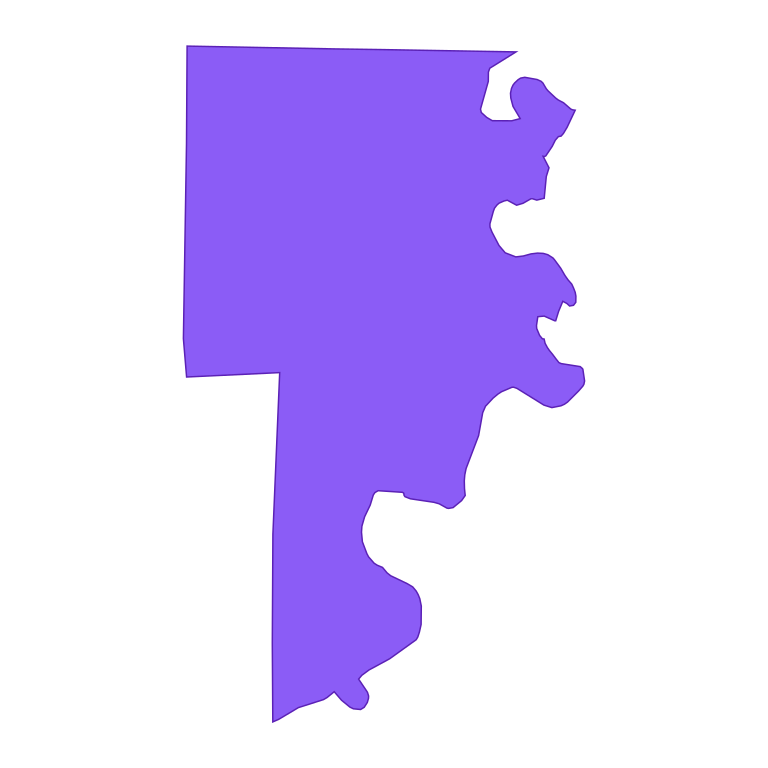 Crittenden, Arkansas, United States of America
{"feature_id": "52423323B83994293092269", "entity_name": "Crittenden", "entity_type": "district", "adm_level": 2, "iso_a3": "USA", "parent_name": "United States of America", "parent_adm1": "Arkansas", "projection": "mercator", "projection_center": [-90.188, 35.137], "detail": "fine", "context": "isolated", "style": "filled", "palette": "violet", "viewbox_px": 768, "rotation_deg": 0, "n_neighbors": 0, "source": "geoboundaries", "source_scale": "gbopen_adm2", "svg_char_len": 2379}
<svg xmlns="http://www.w3.org/2000/svg" viewBox="0 0 768 768"><path d="M186.6,377.0L279.7,372.6L272.9,534.2L272.3,643.2L272.8,721.9L278.6,719.4L298.4,707.6L323.5,699.6L327.1,697.5L334.2,691.7L341.6,700.3L349.9,707.1L353.4,708.8L360.6,709.5L364.2,707.3L367.3,702.5L368.5,698.3L368.6,696.0L367.5,692.4L366.9,691.4L358.6,679.1L361.8,675.3L369.1,669.9L389.6,658.8L416.2,639.7L417.8,637.0L419.4,632.1L421.1,624.5L421.3,606.1L419.8,598.7L418.2,594.7L416.2,591.1L412.7,586.9L407.5,583.8L390.6,575.7L387.0,572.8L382.5,567.4L377.2,565.2L374.1,563.2L368.6,556.9L366.9,553.7L362.4,541.8L361.5,532.2L361.9,526.2L364.6,516.8L370.2,505.1L373.3,495.0L374.9,492.6L375.9,492.0L378.1,490.7L402.4,492.3L403.7,493.1L404.1,495.4L405.0,496.7L410.4,498.8L433.9,502.3L439.2,503.8L446.9,508.1L448.6,508.4L453.1,507.6L461.6,500.6L465.2,495.5L464.5,488.6L464.3,480.8L464.8,474.8L466.1,468.5L478.6,435.6L482.7,412.7L485.6,406.0L486.1,405.6L493.1,398.1L497.9,394.1L501.6,391.7L511.9,387.3L513.6,387.2L517.0,388.4L543.9,405.1L551.9,407.6L561.0,405.8L564.5,404.2L567.5,402.1L578.6,391.0L582.8,386.2L583.9,384.3L584.6,381.0L582.9,369.4L582.5,368.6L580.2,366.6L561.2,363.6L558.9,362.6L555.6,358.4L552.7,354.5L549.5,350.6L547.4,347.6L545.1,343.3L544.1,339.0L542.4,338.8L539.6,335.4L536.7,328.5L536.5,325.5L537.8,316.7L544.2,316.1L554.8,320.8L555.7,320.8L558.6,311.4L562.8,301.3L566.9,303.5L569.6,306.0L573.5,305.3L575.8,302.3L575.9,296.1L575.2,292.3L573.5,287.9L571.8,284.2L567.9,279.7L564.9,275.4L560.7,268.2L554.3,259.5L552.9,257.9L547.8,254.7L543.3,253.4L537.5,253.1L531.0,253.9L523.3,256.0L515.8,256.9L505.2,252.8L499.0,245.5L492.0,232.1L490.0,227.1L489.9,223.9L493.3,211.5L494.5,208.2L496.9,205.1L499.0,203.2L504.0,201.0L507.3,200.2L516.6,205.2L523.0,203.3L530.9,198.8L532.6,198.8L536.8,200.1L544.2,198.3L546.3,176.5L549.0,167.8L543.1,156.3L544.5,156.5L545.8,155.9L552.2,146.4L555.3,140.2L558.4,136.6L561.1,136.1L563.4,133.5L567.1,127.3L575.2,110.2L572.5,109.8L570.7,109.0L563.6,102.8L558.3,100.0L555.5,97.9L548.1,90.9L546.3,88.8L542.9,83.0L541.1,81.3L537.1,79.5L524.8,77.3L520.6,78.1L518.1,79.7L514.6,83.0L513.0,85.1L511.5,88.4L510.5,93.2L510.8,98.0L513.0,106.4L520.2,118.6L511.7,120.8L492.3,120.7L486.7,117.4L481.3,112.5L480.5,109.1L488.3,81.4L488.4,72.1L489.8,68.2L516.0,51.9L382.8,49.6L333.8,48.9L187.1,46.1L186.5,143.8L183.4,338.7L186.6,377.0Z" fill="#8b5cf6" stroke="#5b21b6" stroke-width="1.5"/></svg>